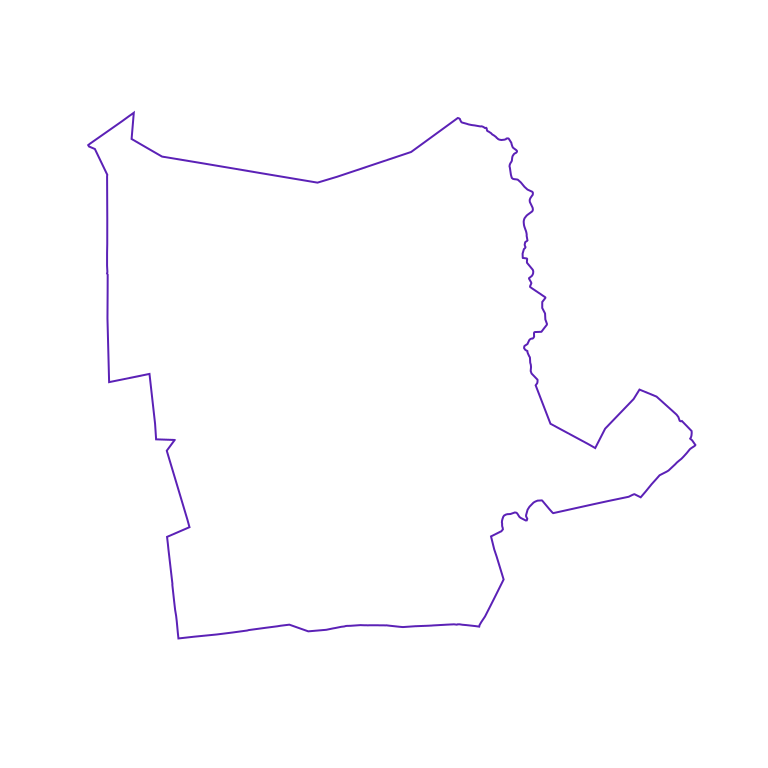 Sannicolau Mare, Timis, Romania (Robinson projection), rotated 95°
{"feature_id": "2599482B9375831214332", "entity_name": "Sannicolau Mare", "entity_type": "district", "adm_level": 2, "iso_a3": "ROU", "parent_name": "Romania", "parent_adm1": "Timis", "projection": "robinson", "projection_center": [20.591, 46.058], "detail": "fine", "context": "isolated", "style": "outline", "palette": "violet", "viewbox_px": 768, "rotation_deg": 95, "n_neighbors": 0, "source": "geoboundaries", "source_scale": "gbopen_adm2", "svg_char_len": 5045}
<svg xmlns="http://www.w3.org/2000/svg" viewBox="0 0 768 768"><g transform="rotate(95 384 384)"><path d="M406.1,658.0L394.4,618.5L443.5,608.6L459.0,606.2L458.0,588.0L458.1,587.7L469.4,594.6L498.8,582.9L536.6,567.9L543.6,565.3L555.2,586.8L558.6,586.1L562.5,585.3L567.2,584.4L601.8,577.3L602.3,577.4L618.4,574.2L627.2,572.4L633.0,570.9L638.3,569.8L649.8,567.7L655.4,566.6L652.3,551.2L648.1,528.8L644.8,513.4L641.5,498.8L640.9,497.2L637.1,480.3L634.7,469.3L633.8,465.8L632.0,457.3L637.0,437.9L633.9,420.1L631.8,413.1L631.4,411.5L629.6,405.4L629.0,402.5L628.3,400.6L627.8,396.3L626.2,386.1L626.2,384.8L625.8,379.0L625.4,375.3L624.4,362.6L624.4,361.8L624.2,360.6L624.3,357.8L624.5,347.5L624.5,344.0L622.6,331.9L621.0,319.2L620.5,315.6L620.3,314.5L618.2,299.9L617.3,293.3L617.4,290.4L617.0,289.7L616.8,287.8L617.0,284.9L617.0,280.8L617.2,272.0L617.4,268.0L615.8,267.8L615.2,267.5L612.6,266.3L606.8,263.1L595.4,258.5L587.9,255.5L570.1,248.5L568.3,247.8L559.6,251.3L546.0,256.8L539.1,259.8L526.5,264.1L521.0,255.2L520.6,254.4L520.4,254.2L518.5,252.9L517.0,253.2L515.6,253.8L514.7,254.0L512.6,254.2L511.6,254.5L510.0,254.5L508.1,254.2L505.8,253.6L504.6,252.9L503.4,251.1L502.9,249.6L502.7,248.1L502.5,246.7L500.6,242.5L500.6,241.8L500.7,241.0L501.1,240.3L501.6,239.8L504.6,237.5L505.5,236.1L507.6,230.9L507.4,229.9L505.8,229.5L503.8,230.7L503.1,231.0L502.1,231.0L496.7,230.0L493.6,228.4L489.1,224.7L487.9,223.0L486.8,220.8L486.2,216.6L486.4,216.2L494.4,208.2L497.4,205.0L497.9,204.2L494.6,193.7L490.0,179.1L485.5,164.8L481.0,150.3L476.7,136.0L475.0,130.4L472.8,126.8L472.0,125.2L472.0,124.7L472.3,124.0L474.5,118.4L468.5,114.1L460.4,108.6L456.3,105.5L450.9,101.5L449.2,98.8L446.7,94.8L445.4,93.0L441.6,89.6L438.6,86.9L436.6,85.3L434.2,82.9L432.6,81.2L430.4,79.4L426.3,76.3L422.3,73.6L421.1,72.3L418.6,69.1L417.6,68.5L413.3,72.1L411.8,74.2L410.4,73.6L409.7,73.4L408.3,73.2L406.2,73.2L405.1,73.3L404.0,73.5L394.9,84.0L395.3,84.9L394.9,86.2L393.0,87.1L391.2,87.9L389.0,89.9L372.8,111.4L367.3,129.0L377.2,134.0L409.2,159.8L429.4,168.0L426.1,175.2L409.1,214.7L372.1,232.8L370.9,232.1L369.9,231.5L368.9,231.3L367.2,231.3L366.3,231.5L360.7,237.9L358.3,239.0L354.4,239.0L352.1,239.4L350.0,240.2L345.1,240.9L344.4,241.2L343.5,241.9L342.4,242.5L341.4,243.1L340.2,243.7L338.6,244.1L338.1,245.4L337.5,246.4L336.2,247.5L335.6,247.6L335.0,247.6L334.4,247.5L333.8,247.3L331.7,244.6L327.6,243.1L326.9,242.5L326.4,242.0L325.9,241.0L325.9,240.5L325.8,240.1L325.6,239.7L324.9,239.1L323.8,238.6L320.4,239.0L319.8,238.9L319.5,238.8L319.1,238.2L318.3,231.9L318.2,231.7L314.1,229.1L310.9,227.0L310.5,226.9L309.9,226.9L309.5,227.1L305.6,228.9L299.7,229.7L294.5,233.0L288.5,233.5L284.3,230.8L284.0,230.8L283.7,230.8L283.5,231.0L274.8,246.7L274.5,246.8L274.1,247.0L273.9,247.0L270.8,246.0L270.4,246.1L269.9,246.3L266.6,248.6L266.3,248.7L265.9,248.7L263.5,246.2L263.2,246.0L262.4,245.6L261.9,245.4L261.3,245.2L260.8,245.1L259.9,245.1L259.2,245.1L258.5,245.2L257.9,245.5L257.3,245.7L251.0,251.9L250.7,252.1L249.9,252.3L247.3,252.3L247.0,252.3L246.7,252.5L246.5,252.8L246.3,256.7L246.0,256.8L242.1,257.3L237.5,256.4L236.1,255.2L235.8,255.1L235.5,255.0L235.2,255.0L234.0,255.7L232.9,256.0L232.0,255.9L231.4,255.8L230.9,255.8L230.5,255.7L230.1,255.4L229.0,254.0L228.4,253.6L228.1,253.7L224.0,254.8L222.5,254.9L221.0,255.3L219.5,255.8L217.8,256.6L215.4,257.7L213.8,258.3L212.5,258.6L210.8,258.9L209.8,259.0L208.5,258.9L206.8,258.5L206.1,258.1L203.8,256.6L202.8,255.6L199.3,251.6L198.7,251.2L198.2,251.0L197.3,250.9L196.7,251.0L195.8,251.2L195.3,251.4L189.9,254.6L189.3,254.7L188.1,254.9L187.5,254.8L186.1,254.4L184.3,253.4L182.5,252.3L181.8,252.3L181.1,252.3L180.4,252.4L179.6,253.0L177.8,258.0L175.3,261.3L171.3,265.2L169.2,268.0L168.8,268.6L168.7,269.1L168.6,270.8L168.6,272.0L168.4,273.4L167.9,274.1L167.6,274.6L166.9,274.9L164.5,275.8L157.4,277.5L156.4,277.9L155.7,277.9L155.3,277.9L154.5,277.8L153.2,277.4L152.1,276.8L151.3,276.4L150.4,276.1L147.3,276.0L146.4,275.9L145.4,275.6L144.2,274.9L143.5,274.5L142.9,273.8L142.6,273.3L142.1,272.5L141.6,272.1L140.9,271.8L140.4,271.8L140.0,272.1L139.5,272.6L137.6,275.7L137.1,276.3L136.6,276.6L135.6,277.1L133.9,277.8L132.6,278.2L129.4,280.6L128.7,281.2L128.5,281.9L128.6,282.7L128.8,283.4L129.5,283.9L130.1,285.3L130.7,288.3L130.5,290.5L129.9,291.9L129.2,292.7L129.0,293.2L128.2,293.9L127.7,294.7L126.7,296.3L126.2,297.4L125.9,298.0L124.8,299.2L123.8,301.1L123.3,302.0L123.1,302.8L122.7,303.3L121.8,303.7L120.4,304.0L119.9,304.6L120.2,305.6L120.1,306.0L119.5,306.9L119.1,307.9L118.8,309.1L119.0,310.7L118.5,316.2L118.4,319.1L118.0,322.5L117.6,324.1L116.7,329.1L116.1,330.0L115.3,330.5L114.1,331.2L113.5,331.4L112.9,332.3L112.7,333.0L112.6,333.7L150.5,377.2L181.6,448.7L189.2,467.8L184.4,528.6L180.0,583.3L176.8,624.9L171.5,636.3L161.9,656.8L135.6,656.9L137.0,658.5L139.6,661.6L145.1,667.9L170.1,697.7L171.8,699.5L173.1,698.6L175.1,692.5L199.7,677.9L200.9,678.0L243.2,674.1L268.7,671.9L277.5,671.3L290.2,670.2L296.7,669.3L297.9,669.6L299.1,668.8L315.7,667.4L342.8,665.2L406.1,658.0Z" fill="none" stroke="#5b21b6" stroke-width="2"/></g></svg>